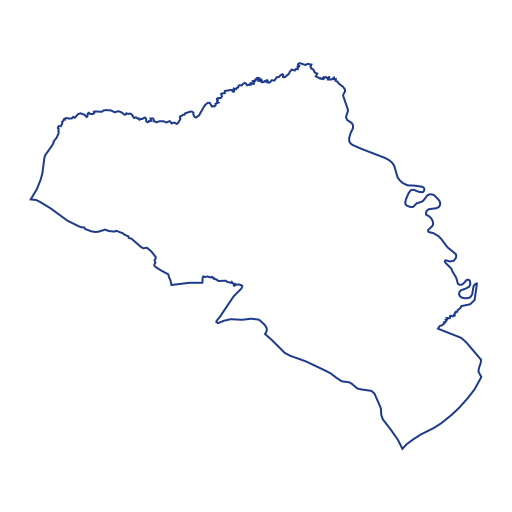 At Samat, Roi Et, Thailand
{"feature_id": "78962969B71289419444255", "entity_name": "At Samat", "entity_type": "district", "adm_level": 2, "iso_a3": "THA", "parent_name": "Thailand", "parent_adm1": "Roi Et", "projection": "mercator", "projection_center": [103.844, 15.828], "detail": "fine", "context": "isolated", "style": "outline", "palette": "blue", "viewbox_px": 512, "rotation_deg": 0, "n_neighbors": 0, "source": "geoboundaries", "source_scale": "gbopen_adm2", "svg_char_len": 5946}
<svg xmlns="http://www.w3.org/2000/svg" viewBox="0 0 512 512"><path d="M337.5,81.7L335.5,80.8L335.8,79.0L334.3,79.1L334.0,77.6L333.0,78.3L332.8,79.2L330.0,79.6L328.3,79.5L329.3,78.3L329.1,77.1L328.1,77.4L327.5,78.1L326.6,78.0L325.9,77.1L323.5,77.2L323.2,77.6L323.9,78.6L323.4,79.2L320.8,78.7L320.5,78.1L319.4,78.4L318.9,77.8L315.8,76.4L317.2,73.6L314.7,72.5L313.4,69.6L311.2,68.4L311.2,67.6L310.4,66.6L311.4,64.6L307.7,63.9L305.5,65.0L300.0,63.2L298.8,63.5L297.9,64.4L297.9,65.2L299.3,66.0L298.8,66.7L297.5,67.1L297.9,68.1L297.7,69.2L295.8,69.1L294.8,70.5L291.7,69.6L289.6,72.1L289.0,73.7L284.7,77.3L283.0,77.0L283.2,74.8L282.3,74.2L280.2,75.5L278.8,77.1L276.8,77.2L274.4,80.6L271.8,80.2L270.1,82.2L268.9,82.7L267.6,82.5L267.7,80.8L267.0,80.1L266.4,80.4L266.0,81.6L264.7,81.1L263.8,82.1L261.6,82.2L261.3,81.6L261.9,80.7L261.2,79.4L260.6,79.4L259.6,81.0L258.2,80.7L257.9,79.9L259.1,78.2L257.6,77.8L256.6,78.3L256.4,79.5L255.3,79.5L255.3,80.9L252.9,81.0L253.1,81.7L254.1,82.3L253.8,83.9L251.5,83.7L251.1,82.9L250.4,83.4L250.5,84.7L249.5,84.4L249.0,85.0L246.9,85.3L246.2,83.7L244.8,82.9L242.8,84.0L241.7,85.5L240.0,85.1L238.5,85.8L238.2,87.5L236.8,87.9L236.3,89.1L235.2,88.7L234.2,89.1L233.7,88.7L233.5,89.3L234.2,89.8L234.2,91.3L233.3,91.7L232.7,91.6L232.6,90.4L231.1,89.9L224.8,91.0L224.8,93.2L221.8,93.5L221.1,94.0L222.0,96.3L221.2,97.6L220.4,98.2L219.4,98.0L218.7,98.5L218.1,98.0L217.1,98.6L216.9,99.9L217.7,100.6L217.1,101.7L218.4,102.6L215.5,103.8L215.6,105.2L214.7,106.2L214.2,106.5L213.2,106.0L211.9,106.5L209.7,102.8L207.4,103.0L205.1,105.0L203.8,106.9L199.1,115.3L196.3,117.4L195.3,117.4L194.5,116.8L193.3,114.3L193.4,112.6L191.7,111.6L190.8,111.5L185.2,113.3L184.6,114.6L183.1,114.7L181.8,115.8L180.1,116.3L179.8,117.4L180.5,118.8L178.2,122.8L176.9,123.9L174.2,122.6L171.5,123.4L171.0,122.3L169.6,121.1L166.5,122.5L163.5,121.3L159.8,121.2L156.2,122.3L154.8,121.4L153.7,121.3L153.6,119.2L152.8,118.4L150.5,118.5L151.2,120.7L150.5,121.2L149.0,121.0L148.4,122.0L147.7,122.3L146.3,121.5L146.1,119.0L145.3,117.7L144.4,117.6L142.2,119.0L140.9,118.9L139.5,119.7L138.8,118.4L137.5,118.6L136.0,117.3L134.1,118.0L132.8,116.5L132.6,115.3L130.5,113.6L128.2,113.9L126.4,113.3L125.6,114.6L124.6,114.7L121.2,112.2L118.3,111.2L114.8,112.3L110.8,110.4L106.7,110.1L103.7,110.4L101.6,111.8L94.7,111.4L93.8,112.0L94.3,112.8L93.5,113.8L92.7,114.1L89.7,113.8L88.9,112.8L87.7,113.6L87.4,116.4L86.6,117.0L84.4,114.7L80.4,113.3L78.1,114.1L74.7,117.8L73.2,116.9L71.8,118.4L68.9,118.6L66.2,118.0L64.9,118.7L65.0,119.5L63.9,119.3L63.4,120.8L62.1,121.8L62.3,123.3L60.8,126.2L58.6,126.2L57.8,128.0L58.7,129.0L58.3,131.1L58.8,132.2L58.2,134.3L56.4,138.0L53.5,141.6L53.7,142.5L52.3,145.2L45.4,154.9L44.4,157.6L42.4,173.2L40.7,179.5L36.9,189.1L30.7,199.4L36.4,200.1L40.2,202.0L50.5,208.3L67.5,220.7L79.4,226.6L81.6,227.3L84.1,227.4L85.0,228.8L86.9,229.7L91.6,231.4L95.3,232.0L98.5,231.7L105.1,229.6L108.7,231.0L113.1,231.5L114.8,231.5L116.3,230.8L122.8,233.3L124.9,234.9L128.4,236.3L128.7,237.9L131.6,238.8L141.2,247.2L143.5,248.3L146.9,247.7L151.4,251.5L155.8,257.2L155.3,259.2L154.5,260.3L155.4,262.6L154.3,264.4L154.6,266.0L156.0,267.3L161.8,270.9L168.3,274.3L169.0,277.3L170.5,280.5L171.5,285.0L189.2,282.8L202.1,282.8L202.5,282.3L202.6,277.8L203.3,276.4L204.9,277.0L207.6,276.5L210.3,277.4L212.1,276.9L212.7,277.8L213.6,277.8L213.8,278.7L214.5,278.6L215.0,279.1L217.0,279.7L217.3,280.4L218.6,281.0L225.7,280.7L227.0,281.8L230.8,282.8L231.7,281.9L232.5,283.2L233.6,283.6L233.8,285.4L234.2,285.8L234.9,285.5L234.9,284.2L235.3,284.0L236.7,284.7L238.7,284.4L241.6,285.3L242.3,286.1L241.5,288.4L233.6,296.4L219.9,316.8L216.5,321.0L216.4,322.2L218.1,323.1L224.1,320.7L230.7,319.2L242.2,319.8L251.3,318.7L258.5,319.6L259.9,320.4L264.9,325.1L266.7,328.2L266.8,330.2L266.1,332.4L265.0,334.0L271.8,340.0L284.6,352.8L290.2,355.8L305.9,361.4L325.7,370.8L330.7,373.4L336.4,377.8L341.8,381.3L349.6,382.4L352.2,384.1L356.9,388.2L359.3,389.1L371.5,390.9L374.5,393.7L380.2,406.7L380.9,408.5L381.3,415.2L383.0,419.6L390.7,429.5L398.0,440.0L402.4,448.8L406.7,444.2L413.6,439.1L421.3,434.2L433.4,428.2L441.0,423.4L451.1,415.3L458.8,408.1L467.7,398.2L474.6,389.3L481.3,377.0L478.5,371.8L478.8,368.6L480.7,362.9L481.1,359.8L466.2,342.3L461.2,337.9L438.0,328.7L439.6,326.1L442.6,325.0L442.9,324.3L444.5,323.4L444.1,322.2L445.8,321.7L446.3,320.9L445.7,319.8L447.1,319.5L446.7,318.0L448.8,318.3L450.0,317.9L450.0,316.2L450.7,315.7L452.8,316.4L453.7,316.1L453.8,315.1L454.7,315.3L454.7,313.2L455.5,312.9L455.7,311.8L457.2,311.8L457.6,310.3L460.5,307.9L461.3,306.1L470.1,304.3L474.6,300.0L476.9,284.0L476.8,283.5L475.3,284.0L473.6,286.0L472.2,294.3L470.3,297.3L467.4,298.2L464.4,298.2L462.0,297.7L460.1,296.4L459.0,294.3L459.6,291.6L461.3,290.2L466.4,288.3L469.2,286.6L470.4,283.9L469.8,280.7L468.5,279.7L466.6,280.0L463.4,283.6L461.7,284.7L459.7,284.8L457.9,283.8L456.3,277.9L452.6,271.7L451.3,268.6L445.5,262.8L444.8,261.5L445.1,260.6L445.9,260.3L449.9,261.5L453.7,260.8L455.9,257.9L456.3,255.8L455.8,254.1L447.6,247.4L441.2,238.9L438.5,236.2L433.3,233.1L428.8,232.1L428.2,231.4L428.2,229.9L432.4,225.9L433.0,224.7L433.1,222.9L432.4,220.4L431.0,218.1L429.4,216.5L426.1,214.6L426.0,212.3L427.0,210.5L428.9,209.2L436.5,208.2L438.8,207.0L439.9,205.3L440.2,203.4L439.8,201.5L438.3,199.4L433.9,195.0L431.3,194.3L429.3,194.4L427.1,195.6L423.3,200.7L421.3,201.9L416.7,203.3L413.3,206.8L410.7,207.1L406.5,205.5L405.5,204.2L405.2,202.8L406.0,199.2L408.5,193.4L410.3,190.7L411.5,190.0L413.6,189.8L419.1,191.9L422.2,192.2L423.2,191.9L424.1,190.6L424.4,189.3L423.9,187.9L422.6,186.9L420.6,186.5L414.3,185.6L407.7,185.4L403.0,183.2L399.9,180.5L397.6,177.4L394.2,165.8L392.3,162.9L389.2,160.2L384.9,157.9L362.0,149.1L352.4,144.9L350.4,143.3L349.4,141.6L349.1,138.3L350.6,133.0L353.0,128.3L353.0,125.3L351.7,123.0L347.1,119.9L346.1,117.5L346.2,116.1L347.9,111.3L347.8,109.4L343.1,95.6L343.4,94.3L345.0,91.5L345.0,89.5L342.9,86.7L338.8,83.6L337.5,81.7Z" fill="none" stroke="#1e3a8a" stroke-width="2"/></svg>